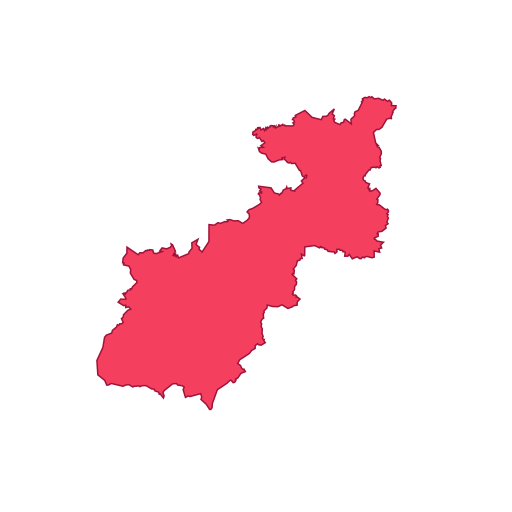 the district of Tecalitlán, Jalisco, Mexico, rotated 60°
{"feature_id": "50627088B3552577196850", "entity_name": "Tecalitlán", "entity_type": "district", "adm_level": 2, "iso_a3": "MEX", "parent_name": "Mexico", "parent_adm1": "Jalisco", "projection": "robinson", "projection_center": [-103.217, 19.24], "detail": "fine", "context": "isolated", "style": "filled", "palette": "rose", "viewbox_px": 512, "rotation_deg": 60, "n_neighbors": 0, "source": "geoboundaries", "source_scale": "gbopen_adm2", "svg_char_len": 6125}
<svg xmlns="http://www.w3.org/2000/svg" viewBox="0 0 512 512"><g transform="rotate(60 256 256)"><path d="M296.8,129.3L294.3,128.7L294.1,125.5L291.8,125.6L289.4,122.4L287.4,122.4L286.1,120.9L284.8,121.6L283.9,119.1L282.4,118.5L281.1,118.8L281.1,120.0L279.7,121.1L273.4,123.6L271.8,125.7L270.6,123.8L268.2,122.3L267.2,123.0L264.8,117.9L263.6,117.1L257.4,118.3L257.7,122.4L256.9,124.9L254.8,123.8L254.9,124.9L253.8,124.2L253.0,125.1L250.3,121.6L247.3,124.2L245.8,123.9L244.0,125.0L241.8,124.3L240.7,122.5L241.1,121.3L240.3,120.9L238.0,115.3L238.6,114.3L237.0,112.1L238.4,108.6L239.6,108.0L239.3,106.3L241.2,105.5L241.3,104.1L240.0,103.6L240.3,102.3L235.6,101.0L233.8,99.4L232.7,99.8L230.1,96.3L227.8,95.1L223.8,95.1L222.2,96.2L220.3,96.0L221.1,95.0L217.9,95.8L207.7,92.5L206.7,88.4L207.8,86.4L207.6,82.7L202.7,74.2L204.1,70.3L205.3,70.2L203.1,69.4L200.2,65.6L199.6,65.9L197.7,62.2L198.0,61.2L195.9,59.6L193.4,63.5L191.2,61.9L187.7,62.6L187.8,64.8L184.3,66.3L184.7,68.1L180.7,71.0L179.1,75.0L176.0,76.0L176.1,77.5L174.6,78.3L174.5,80.8L173.2,82.1L173.0,83.7L173.6,84.8L173.1,85.2L174.3,85.9L174.6,84.7L175.3,87.6L176.2,87.4L181.0,94.7L180.6,98.1L182.0,99.8L183.8,100.2L185.0,105.4L189.3,107.4L182.1,110.3L182.0,111.3L184.0,113.3L183.2,115.6L184.2,117.5L179.8,120.9L177.5,120.9L176.9,119.3L175.8,120.4L173.7,118.0L171.1,119.0L167.8,114.6L169.0,121.4L170.1,123.2L170.1,125.4L168.5,128.3L170.6,131.3L164.0,138.1L154.4,140.9L153.9,151.7L155.5,151.9L155.0,154.5L156.1,156.2L157.2,155.3L159.1,155.6L159.2,157.5L160.8,157.0L161.7,158.3L161.5,159.6L157.7,165.9L157.0,165.7L156.2,167.4L155.4,167.1L155.5,170.4L154.4,170.1L153.9,170.9L154.9,171.6L155.0,174.8L154.4,175.4L153.5,174.3L153.6,175.0L152.4,175.1L152.7,176.3L151.9,176.0L150.7,177.4L150.4,178.7L151.1,179.0L151.3,181.3L150.2,181.4L150.1,182.6L151.2,182.6L151.7,183.9L150.0,183.6L151.7,185.9L149.3,185.8L149.3,188.7L146.8,188.3L146.7,190.3L146.0,189.7L145.7,190.4L147.0,192.2L146.3,192.9L147.1,193.6L147.1,196.7L149.0,198.0L150.4,197.8L150.8,193.8L151.3,195.4L153.4,196.6L155.1,195.8L155.2,193.8L159.8,193.6L159.7,191.9L162.4,191.7L162.9,196.6L165.5,195.4L163.9,198.7L164.7,199.5L163.7,200.0L167.3,200.8L169.8,199.6L172.8,196.6L178.0,196.9L182.2,195.5L183.6,193.5L184.4,187.9L185.8,184.7L184.1,184.6L184.9,181.7L185.9,183.0L190.9,181.9L192.1,180.7L192.0,179.5L193.7,179.0L195.3,175.7L203.6,175.6L204.4,174.7L209.8,175.9L211.6,174.9L210.9,172.2L211.6,171.7L213.4,173.4L212.7,174.8L213.7,179.2L216.4,178.9L218.4,189.9L219.1,190.1L216.4,193.0L214.5,191.7L213.1,195.3L211.6,194.9L212.8,196.4L212.5,199.3L214.6,202.3L214.1,202.9L215.0,205.3L213.7,205.3L210.6,208.6L204.5,208.9L196.9,218.8L198.6,219.4L200.5,218.2L201.5,220.4L203.4,219.0L204.3,219.7L202.8,221.7L203.4,223.0L204.7,222.5L207.6,222.9L209.3,224.3L212.2,224.2L213.0,227.1L213.1,235.5L212.4,238.5L213.0,241.0L213.4,241.7L216.2,240.9L218.2,241.8L219.6,242.8L220.7,246.0L221.1,251.3L216.6,253.7L214.6,257.5L211.4,260.4L210.4,263.0L211.8,262.8L212.0,263.9L210.6,265.9L210.0,270.4L208.1,272.4L208.5,276.6L205.3,281.0L219.9,289.5L225.6,300.7L221.5,302.0L220.3,300.6L216.1,302.2L212.5,297.9L212.5,305.0L217.4,307.6L218.9,311.8L220.3,313.2L218.9,324.1L216.1,323.4L215.7,324.0L216.7,325.5L215.8,325.8L214.0,324.7L214.6,327.3L214.0,327.6L211.6,323.4L204.5,322.7L203.1,323.5L204.9,324.0L205.6,325.8L205.1,329.9L202.0,333.3L203.5,336.8L205.2,335.2L204.0,341.3L202.3,343.2L199.2,342.4L197.4,344.8L197.8,345.3L196.6,347.0L197.0,347.6L196.1,348.7L196.8,352.3L195.1,355.0L196.0,357.4L183.8,363.3L189.0,366.4L191.3,372.0L195.2,374.9L196.0,373.8L197.4,375.2L201.1,371.2L204.9,371.2L208.0,373.4L215.3,373.3L217.6,371.6L219.4,372.3L221.0,378.5L222.3,380.0L221.5,381.2L222.6,381.7L221.6,384.3L223.0,386.5L222.5,388.0L223.5,388.3L222.3,389.1L222.8,389.4L222.3,390.1L227.4,389.8L228.3,390.5L225.7,394.7L227.1,398.5L232.8,395.4L233.5,393.5L235.5,394.6L236.3,391.8L239.4,391.0L238.9,394.0L240.6,400.1L242.6,401.7L242.9,403.8L247.2,404.2L247.5,406.0L246.6,407.9L247.3,409.4L246.2,410.4L247.8,412.4L248.6,417.5L250.6,419.5L249.7,425.1L250.7,427.8L258.6,434.3L266.9,446.0L279.8,452.4L288.1,449.2L293.2,449.8L294.0,448.2L294.0,445.1L302.3,436.3L302.6,433.2L304.0,430.3L307.9,428.1L307.8,427.0L310.0,422.3L311.1,421.9L311.3,419.6L313.3,416.0L319.0,412.8L320.2,410.9L322.2,411.0L325.2,408.4L327.4,408.9L327.7,407.9L332.7,407.2L331.3,405.6L327.5,404.7L326.6,402.5L325.0,392.1L326.8,388.6L328.6,388.4L331.4,384.8L333.7,383.7L335.2,385.9L343.2,387.8L343.3,384.6L344.7,383.5L347.5,372.8L351.0,373.5L352.7,375.4L359.6,373.2L365.7,372.9L366.3,371.8L365.4,369.9L361.9,367.5L352.5,356.4L351.7,344.8L350.7,341.0L351.2,339.7L354.3,339.1L354.7,337.6L353.4,335.3L352.4,335.2L352.5,332.7L350.1,327.7L350.8,323.0L348.0,323.0L348.2,323.7L346.4,324.5L343.0,324.2L339.9,325.6L337.7,321.9L337.1,310.5L335.6,307.0L335.6,302.9L333.3,301.6L332.7,298.5L334.4,298.0L335.8,296.0L335.7,291.3L333.2,291.5L332.4,290.6L331.6,291.5L330.1,291.4L329.4,290.1L325.8,289.4L322.4,287.0L319.6,286.8L317.5,285.0L315.4,285.0L313.7,282.1L313.7,280.5L309.5,278.5L309.2,277.3L307.5,276.4L306.5,272.5L304.1,270.8L308.1,266.8L310.9,262.3L311.2,257.9L317.4,254.6L318.2,249.7L317.8,248.3L319.2,245.1L316.3,243.1L315.3,239.4L312.2,240.7L311.7,241.8L310.9,240.9L309.7,241.2L308.5,243.3L307.1,243.5L306.9,242.4L305.3,241.8L304.4,239.5L301.6,237.7L300.8,235.3L298.8,233.8L296.7,233.9L296.2,232.1L290.1,233.9L289.6,232.8L290.4,232.1L287.5,229.9L286.0,230.3L284.3,225.9L280.9,222.6L281.5,220.0L280.4,218.9L281.2,217.3L277.0,215.7L280.0,214.2L279.9,213.6L272.5,209.2L276.3,200.0L280.7,196.9L280.1,195.4L280.7,194.6L281.4,195.1L283.2,192.8L284.4,193.1L286.3,191.2L288.0,191.3L291.7,186.2L293.3,186.3L292.9,183.8L290.7,182.8L291.9,180.3L293.0,180.4L294.6,178.2L296.0,178.5L296.1,177.5L297.5,176.9L300.5,179.3L302.1,176.5L301.2,174.5L306.6,174.0L307.2,168.8L310.1,167.5L310.9,166.2L310.2,164.4L311.8,162.9L311.3,161.9L311.9,160.1L315.5,156.5L316.1,154.2L310.7,151.2L314.5,147.0L311.1,146.0L311.9,143.2L308.8,142.6L307.8,138.7L303.3,144.0L301.3,144.2L300.6,145.1L299.5,144.4L300.0,140.3L297.8,139.1L297.3,139.9L296.2,138.3L297.6,134.6L296.8,129.3Z" fill="#f43f5e" stroke="#9f1239" stroke-width="1.5"/></g></svg>